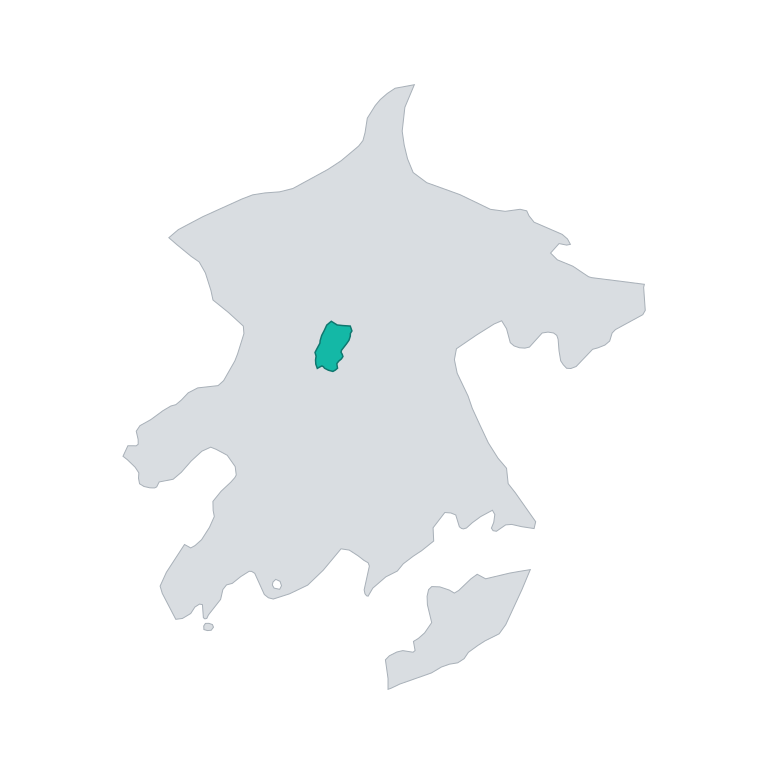 Azerbaijan, with Göyçay highlighted, rotated 280°
{"feature_id": "AZE-1703", "entity_name": "Göyçay", "entity_type": "District", "adm_level": 1, "iso_a3": "AZE", "parent_name": "Azerbaijan", "parent_adm1": "", "projection": "albers", "projection_center": [47.787, 40.558], "detail": "fine", "context": "in_parent", "style": "filled", "palette": "teal", "viewbox_px": 768, "rotation_deg": 280, "n_neighbors": 0, "source": "natural_earth", "source_scale": "10m", "svg_char_len": 3866}
<svg xmlns="http://www.w3.org/2000/svg" viewBox="0 0 768 768"><g transform="rotate(280 384 384)"><path d="M527.4,623.1L524.3,622.9L501.9,628.5L497.2,626.8L477.8,602.5L473.8,599.8L465.5,598.8L460.7,594.8L456.7,588.3L454.4,583.4L434.6,570.2L431.7,565.3L431.2,561.1L434.1,557.2L437.5,554.0L447.1,550.6L458.3,547.7L461.9,545.7L463.7,542.1L463.6,536.5L461.7,530.9L445.6,520.8L443.8,516.5L443.2,511.1L444.1,505.5L446.6,501.2L459.7,495.1L466.7,488.9L462.3,482.1L448.1,466.4L431.3,449.2L420.2,449.1L407.3,454.2L386.7,468.9L375.3,475.2L360.4,485.5L344.1,497.0L330.7,509.2L322.3,519.3L307.4,523.6L299.8,532.1L274.7,557.3L267.7,556.9L267.4,544.2L267.9,534.2L266.4,528.3L258.5,520.3L258.5,516.9L260.7,514.8L266.8,516.1L274.7,515.8L278.5,512.7L270.2,502.2L262.8,495.1L256.5,490.2L255.1,487.4L255.2,485.4L256.5,483.0L267.5,477.4L268.6,472.2L268.0,466.2L250.9,457.3L238.0,460.2L226.6,450.2L219.3,442.5L210.3,434.2L202.1,429.6L194.4,419.3L181.0,408.4L172.3,405.2L172.4,403.6L174.1,401.7L177.8,400.2L202.2,401.2L205.2,399.4L206.8,394.9L210.3,388.3L214.4,378.6L214.2,370.3L190.1,356.5L172.7,343.8L160.9,327.3L153.0,312.3L153.4,307.3L155.9,302.7L175.1,289.6L176.5,286.1L176.1,283.7L169.6,276.5L161.3,269.2L158.8,263.8L153.6,261.0L143.5,260.5L126.1,251.2L122.4,250.2L121.6,248.4L122.5,246.7L135.2,243.5L135.2,240.5L131.5,236.5L124.4,233.5L118.1,226.2L116.1,219.8L139.3,202.0L146.1,198.6L160.8,202.4L191.3,215.4L189.0,222.1L192.1,226.0L199.0,231.4L212.5,237.0L224.0,239.9L229.8,237.7L238.7,235.9L250.1,242.2L260.6,250.1L265.8,253.3L268.7,254.3L276.8,251.8L286.6,242.0L290.5,230.1L291.7,224.3L286.2,216.3L274.7,207.5L261.8,199.7L253.6,192.9L248.5,179.6L243.2,178.0L241.9,176.3L241.1,171.7L241.4,165.4L243.3,160.6L248.6,158.6L253.9,158.0L258.8,153.4L264.9,144.4L267.5,139.5L278.7,142.5L280.1,150.7L282.0,152.4L286.7,151.5L294.5,148.2L300.6,150.9L308.5,160.6L319.4,171.0L325.3,177.9L327.5,182.6L333.1,187.3L341.3,192.7L347.8,201.2L353.6,220.9L359.5,225.5L380.8,233.1L388.3,234.6L409.3,237.3L416.6,235.4L427.4,218.4L437.0,201.0L446.1,197.3L462.4,188.8L472.1,180.8L476.1,172.1L485.2,155.9L490.7,146.7L500.4,154.7L517.3,176.5L541.5,211.9L547.5,221.9L551.5,233.6L555.1,247.8L560.7,260.3L585.6,291.5L596.4,303.0L613.9,317.7L620.1,321.0L628.2,321.7L642.9,321.4L656.7,327.0L663.6,331.0L670.7,336.8L677.2,343.6L684.0,361.9L660.1,356.5L636.2,358.0L622.8,362.4L609.8,368.1L597.3,376.0L589.7,391.1L583.7,425.8L574.5,458.4L575.1,473.4L579.7,487.7L579.3,494.5L574.9,497.5L569.4,503.7L562.3,533.5L558.7,539.5L553.9,543.3L552.5,539.8L552.7,532.0L541.9,525.3L536.4,533.1L532.8,549.5L525.2,566.7L524.8,570.0L527.4,623.1ZM171.6,315.9L172.8,311.3L169.8,309.1L166.7,308.9L163.9,311.2L163.7,316.9L167.5,318.1L171.6,315.9ZM89.0,448.6L85.5,443.6L84.0,441.0L94.7,439.1L112.6,433.3L117.3,436.5L122.3,443.2L124.7,448.8L124.9,459.2L126.9,460.9L135.6,457.7L139.4,462.0L145.9,467.2L157.3,472.4L174.1,465.1L182.4,463.3L189.2,463.6L192.8,466.2L193.9,474.2L192.4,484.1L190.3,489.5L193.7,493.5L207.2,503.4L212.8,508.8L209.8,517.9L219.6,540.6L222.8,549.4L226.6,560.3L205.7,555.6L168.2,545.7L158.0,540.8L148.5,528.0L142.8,521.8L134.4,513.7L127.4,510.6L122.2,505.0L119.4,497.0L115.2,489.6L107.7,480.9L91.2,451.6L89.0,448.6ZM117.3,256.8L114.9,258.3L111.5,256.6L110.5,253.0L110.9,249.3L114.4,248.5L117.2,249.7L117.9,253.1L117.3,256.8Z" fill="#d9dde1" stroke="#a8b0b8" stroke-width="1"/><path d="M434.4,333.3L435.2,340.7L430.7,343.2L428.0,342.1L425.2,342.5L421.0,341.9L417.1,340.1L413.5,338.2L409.9,336.3L407.8,336.2L406.0,337.7L403.9,338.8L401.3,337.7L398.7,335.5L395.9,334.0L393.7,334.7L391.5,335.5L389.3,333.7L387.5,331.5L387.9,326.9L389.2,322.7L390.5,321.3L391.0,319.7L389.5,317.7L387.8,315.6L391.7,313.4L395.8,312.4L399.6,312.3L403.1,310.6L406.7,311.7L410.3,312.9L413.0,313.8L415.7,313.6L421.0,314.2L426.4,315.9L432.1,317.4L436.6,321.2L434.0,327.6L434.4,333.3Z" fill="#14b8a6" stroke="#0f766e" stroke-width="1.5"/></g></svg>